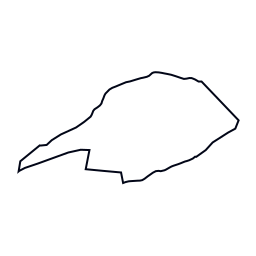 Lastic Hill, Castries, Saint Lucia, rotated 358°
{"feature_id": "8701671B98117918076450", "entity_name": "Lastic Hill", "entity_type": "district", "adm_level": 2, "iso_a3": "LCA", "parent_name": "Saint Lucia", "parent_adm1": "Castries", "projection": "albers", "projection_center": [-60.983, 14.008], "detail": "fine", "context": "isolated", "style": "outline", "palette": "ink", "viewbox_px": 256, "rotation_deg": 358, "n_neighbors": 0, "source": "geoboundaries", "source_scale": "gbopen_adm2", "svg_char_len": 1284}
<svg xmlns="http://www.w3.org/2000/svg" viewBox="0 0 256 256"><g transform="rotate(358 128 128)"><path d="M17.2,167.5L17.7,167.1L23.6,164.3L36.6,160.4L67.5,150.4L80.0,148.1L88.7,148.7L84.3,167.7L101.1,169.9L119.5,172.2L121.2,182.8L123.5,182.0L125.4,181.6L126.9,181.3L128.8,181.2L135.6,181.0L138.1,181.0L140.4,180.6L142.8,179.3L146.0,177.0L149.4,174.8L151.2,173.6L154.3,172.1L157.1,171.9L159.2,172.3L163.1,171.5L164.7,170.8L167.9,169.1L170.1,168.0L172.1,167.3L175.2,166.4L176.9,165.9L179.6,165.0L182.0,164.1L184.0,163.4L185.5,163.1L187.9,162.4L191.7,160.8L194.1,159.0L195.2,159.2L204.9,152.8L212.1,145.4L228.0,136.0L235.2,132.4L238.8,124.2L203.1,84.1L200.1,84.0L196.8,81.9L194.9,81.0L193.2,80.3L191.1,80.2L188.3,80.7L185.6,80.9L182.5,79.8L177.5,77.9L173.0,76.3L168.9,75.3L166.6,74.8L163.7,74.1L160.6,73.5L157.2,73.2L155.5,73.4L154.1,73.9L152.4,75.3L151.0,76.5L148.6,77.5L144.7,78.3L142.7,78.6L138.4,79.7L131.7,81.5L127.6,82.2L123.3,83.8L119.3,85.3L117.2,86.1L113.7,87.3L110.8,88.9L106.7,92.8L105.6,94.6L104.3,97.8L103.2,100.0L102.3,102.6L100.7,104.5L98.2,106.3L95.2,108.1L93.9,109.6L92.6,112.6L91.8,114.2L91.4,114.7L91.1,115.3L84.5,120.3L76.1,125.7L60.7,132.1L51.4,137.5L46.1,142.1L40.0,142.5L39.2,142.3L19.2,157.5L17.2,167.5Z" fill="none" stroke="#020617" stroke-width="2"/></g></svg>